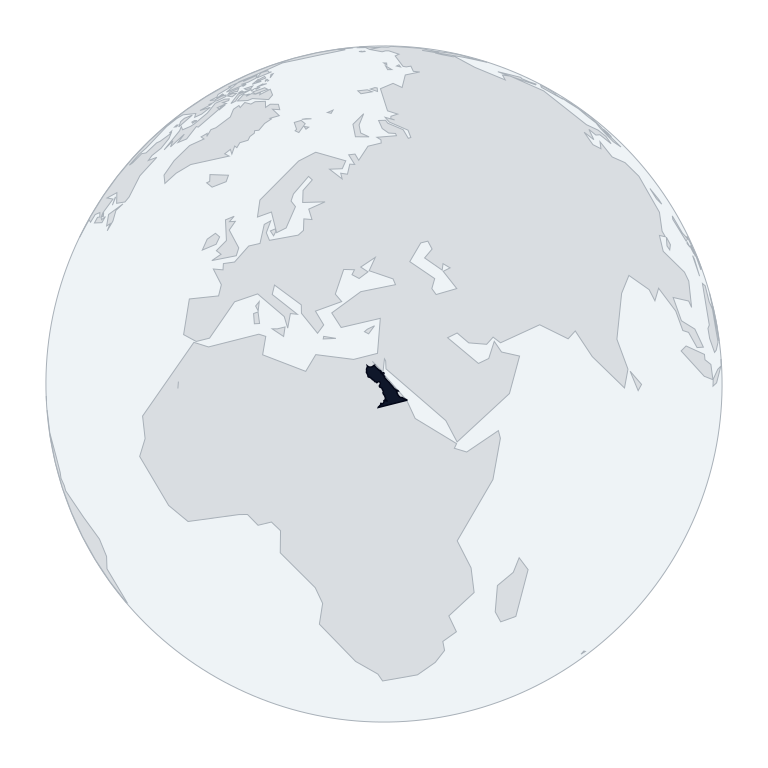 the Earth from above Al Bahr al Ahmar, rotated 346°
{"feature_id": "EGY-1556", "entity_name": "Al Bahr al Ahmar", "entity_type": "Governorate", "adm_level": 1, "iso_a3": "EGY", "parent_name": "Egypt", "parent_adm1": "", "projection": "orthographic", "projection_center": [33.554, 25.647], "detail": "fine", "context": "on_globe", "style": "filled", "palette": "ink", "viewbox_px": 768, "rotation_deg": 346, "n_neighbors": 0, "source": "natural_earth", "source_scale": "10m", "svg_char_len": 14644}
<svg xmlns="http://www.w3.org/2000/svg" viewBox="0 0 768 768"><g transform="rotate(346 384 384)"><circle cx="384" cy="384" r="338" fill="#eef3f6" stroke="#a8b0b8"/><path d="M422.8,48.3L421.0,48.1L419.6,48.0L430.3,49.3L435.4,50.4L419.9,48.3L427.3,50.3L403.0,49.3L363.0,47.9L348.5,50.5L304.8,58.2L307.8,58.5L293.1,62.9L291.2,65.2L283.6,66.9L288.6,67.5L295.9,65.5L300.5,65.4L300.0,66.8L290.3,68.9L289.1,68.5L286.0,69.9L281.3,70.5L283.4,71.1L271.6,74.1L282.4,73.5L272.4,78.0L264.8,79.4L266.8,76.0L254.1,74.2L247.1,76.3L235.2,81.7L210.2,97.6L201.9,101.9L189.8,110.1L193.7,108.6L204.6,101.9L209.0,102.2L221.8,95.0L225.4,94.4L238.1,89.2L234.8,93.7L224.8,101.3L214.1,106.2L209.4,110.1L218.4,109.1L197.5,122.9L181.9,140.9L176.7,144.7L168.3,144.0L171.1,133.7L160.3,136.5L165.8,139.0L152.6,149.9L149.8,153.9L149.7,156.3L154.2,154.1L149.3,159.2L142.0,157.7L146.3,153.0L148.6,153.2L149.8,148.9L144.8,149.7L138.4,156.0L137.6,153.3L133.0,158.2L130.3,160.9L137.6,153.1L124.5,167.6L124.2,167.9L140.1,150.1L157.3,133.4L175.6,118.0L195.0,103.9L215.3,91.2L236.4,80.0L258.3,70.3L280.9,62.2L303.9,55.7L327.3,50.9L351.1,47.7L375.0,46.2L398.9,46.4L422.8,48.3ZM50.8,327.8L47.9,350.5L48.3,374.7L48.4,391.2L47.8,397.5L49.2,405.2L49.3,410.6L60.3,440.7L70.4,465.7L73.1,484.2L70.5,496.3L81.9,534.1L81.0,533.5L70.2,509.4L61.4,484.5L54.5,459.0L49.7,433.0L46.8,406.8L46.1,380.4L47.4,354.0L50.8,327.8ZM239.1,87.2L238.5,88.1L236.4,88.6L239.1,87.2ZM245.0,84.2L242.9,84.0L245.4,82.6L246.7,82.8L245.0,84.2ZM444.2,51.5L447.8,52.3L441.5,51.0L444.2,51.5ZM247.0,84.9L250.2,80.2L254.6,77.9L263.1,76.7L247.0,84.9ZM448.1,52.5L457.0,55.4L463.0,56.4L451.0,55.9L447.5,53.1L438.8,51.1L445.8,52.3L448.1,52.5ZM298.4,64.4L290.6,66.4L297.5,63.5L298.4,64.4ZM301.7,62.7L316.4,55.7L327.7,54.0L320.5,56.4L335.4,53.8L333.7,56.3L325.1,58.3L318.1,58.7L322.8,59.5L301.7,62.7ZM443.0,55.7L442.9,56.4L440.1,55.3L443.0,55.7ZM302.9,65.1L304.8,63.5L314.7,61.9L312.6,64.7L310.1,64.3L302.9,65.1ZM340.2,52.2L347.1,51.9L347.7,53.7L350.4,53.9L334.6,56.3L340.2,52.2ZM307.6,65.4L311.3,66.3L306.2,68.6L301.6,66.6L307.6,65.4ZM318.2,60.4L322.8,59.9L319.5,61.0L318.2,60.4ZM290.1,78.3L292.3,75.9L297.6,74.7L290.1,78.3ZM313.0,66.6L314.7,65.8L317.1,65.2L318.4,66.4L313.0,66.6ZM336.1,57.7L334.8,58.7L342.6,56.7L343.3,58.5L332.5,60.0L337.5,60.1L337.7,60.7L328.7,61.3L336.1,57.7ZM326.7,66.0L313.4,69.3L308.2,73.7L303.3,74.8L312.5,67.5L326.7,66.0ZM328.7,63.1L326.4,65.0L321.4,65.0L320.0,63.7L328.7,63.1ZM347.6,59.4L349.3,56.2L351.5,56.1L347.6,59.4ZM326.2,67.2L329.4,66.4L326.4,67.5L326.2,67.2ZM342.1,61.6L342.4,60.4L345.0,60.2L342.1,61.6ZM335.7,66.1L331.4,67.1L330.2,66.1L335.7,66.1ZM339.4,64.0L342.9,64.2L332.4,65.1L339.1,63.5L339.4,64.0ZM344.5,61.7L346.1,61.2L344.0,62.2L344.5,61.7ZM342.4,69.9L329.5,71.4L327.0,68.9L339.9,67.7L342.4,69.9ZM145.7,449.8L129.4,395.2L139.0,379.2L142.0,356.7L209.6,297.6L222.7,305.6L274.6,305.4L280.8,309.2L273.3,326.3L311.1,352.8L324.9,339.0L360.5,352.8L385.1,352.7L396.3,319.4L356.1,318.8L350.5,302.4L383.8,288.8L419.2,290.4L418.2,284.2L397.0,270.5L406.2,259.0L389.7,264.9L395.6,271.3L385.4,275.6L379.4,270.2L383.0,266.0L372.6,263.1L358.5,285.0L362.9,293.8L335.1,296.7L339.8,312.1L331.8,318.7L321.0,295.4L322.9,287.2L301.7,261.5L297.2,270.1L316.8,295.4L310.2,293.0L304.1,306.5L303.5,294.4L283.2,266.0L258.9,268.1L225.8,297.3L212.1,297.3L201.5,287.6L215.7,254.4L244.8,258.5L250.2,248.3L246.2,231.1L255.4,234.3L257.3,228.3L268.5,229.5L286.1,217.4L297.7,217.6L306.4,200.2L313.6,198.3L306.4,208.8L307.6,216.9L336.8,218.8L343.0,215.5L346.2,204.4L353.9,207.0L353.3,196.1L370.9,193.0L349.0,188.2L352.3,176.6L363.8,168.6L361.0,164.3L342.1,177.7L338.1,184.0L341.0,190.5L326.8,208.9L316.4,211.2L316.4,189.9L301.6,191.4L308.1,175.5L355.1,147.0L373.8,142.6L400.9,158.2L395.6,165.0L383.1,162.4L393.0,174.9L393.0,169.0L399.3,171.6L404.0,162.4L408.7,163.9L405.2,153.1L411.5,153.9L413.6,160.8L426.0,149.4L439.6,149.5L440.1,146.3L436.8,142.9L456.2,146.1L455.8,143.7L449.2,141.6L444.1,135.7L442.5,127.0L449.3,128.5L450.8,131.9L464.1,141.9L467.0,151.5L469.7,151.3L468.7,143.5L452.5,131.1L449.6,125.5L458.2,130.4L454.8,128.1L455.5,125.9L462.6,125.4L453.5,119.8L452.0,96.6L465.5,94.5L473.3,100.7L479.4,89.3L494.2,89.9L488.1,87.7L487.0,82.1L482.3,81.7L479.3,80.4L474.2,68.4L478.3,67.6L469.3,61.9L466.1,61.1L462.6,61.2L451.0,55.9L463.0,56.4L469.5,58.2L472.6,58.1L486.9,62.6L500.1,67.0L514.0,73.4L523.3,77.1L523.4,76.8L536.1,82.4L561.8,96.8L540.4,86.3L501.7,69.5L517.5,75.9L513.7,75.2L519.3,78.2L530.4,83.3L531.8,83.3L548.7,98.7L575.2,118.3L573.7,112.9L581.0,115.8L609.8,138.2L643.2,181.4L653.2,189.5L659.2,197.4L662.5,205.8L653.8,194.4L649.8,193.7L644.4,186.5L646.7,197.7L639.1,188.1L644.6,202.3L651.4,208.2L652.2,201.2L660.3,218.9L671.4,227.5L681.6,244.1L692.8,284.0L690.8,303.0L692.6,309.2L687.2,306.5L687.0,322.8L702.6,348.2L704.6,357.9L701.0,384.1L699.7,377.2L685.5,370.0L687.9,394.6L698.9,405.9L702.8,425.5L696.6,424.4L692.0,407.6L686.9,404.4L684.7,383.7L673.6,357.5L667.0,368.8L664.1,356.6L647.9,337.9L636.5,353.5L620.8,396.9L624.3,428.6L616.4,446.0L592.7,407.8L582.4,378.8L573.6,384.7L549.4,364.2L507.0,372.2L501.2,364.9L493.2,370.3L476.2,364.6L467.3,352.2L456.9,354.5L480.6,386.9L491.8,384.6L501.3,369.3L505.8,381.4L522.3,389.7L503.4,423.6L440.9,457.9L435.1,434.4L389.6,369.8L391.2,362.1L391.0,361.2L390.5,359.7L385.9,372.2L378.2,359.2L402.1,405.3L405.9,425.0L440.0,459.4L436.7,463.4L447.8,470.0L483.7,456.9L483.8,464.8L466.6,503.0L417.1,553.9L424.0,583.5L421.0,608.1L390.8,624.7L394.3,641.9L378.8,648.0L378.3,657.2L366.4,666.5L346.1,674.3L310.8,671.8L307.9,664.0L289.3,646.3L263.2,601.4L271.4,582.0L268.0,565.0L242.5,522.7L248.1,501.3L241.4,490.7L227.6,490.6L220.0,477.6L211.7,475.6L160.6,470.0L145.7,449.8ZM185.1,331.9L182.9,338.5L185.1,331.9ZM456.2,309.8L477.7,309.0L468.7,289.0L476.2,287.3L470.4,281.5L468.0,287.6L453.9,271.5L463.3,264.7L461.1,256.0L453.8,256.0L438.6,271.5L458.7,294.0L453.5,303.0L456.2,309.8ZM53.4,314.0L52.3,319.3L52.5,318.2L53.4,314.0ZM153.0,149.9L153.4,150.2L152.2,153.5L150.6,153.6L153.0,149.9ZM160.4,160.3L152.5,168.4L157.0,162.3L153.1,163.5L157.8,152.9L174.3,146.1L165.9,150.7L160.4,160.3ZM168.6,138.1L163.7,144.8L168.4,137.8L168.6,138.1ZM256.9,197.0L260.1,201.5L254.9,207.8L240.1,210.1L247.5,200.7L256.9,197.0ZM265.8,206.7L269.9,186.4L279.2,185.0L273.3,189.1L279.1,190.2L271.1,197.2L276.0,216.8L271.7,223.8L246.8,222.6L257.3,218.7L253.6,214.1L265.8,206.7ZM263.9,145.2L265.8,138.7L283.6,143.8L279.8,149.5L264.8,151.4L260.6,145.9L263.9,145.2ZM261.3,84.6L260.9,83.4L263.6,82.6L266.1,83.0L261.3,84.6ZM290.7,77.3L265.9,89.8L264.2,88.8L251.8,98.5L242.4,99.9L250.7,93.3L234.2,102.3L238.0,97.0L227.3,103.6L246.9,88.9L249.6,85.2L250.1,88.6L258.7,87.2L263.2,85.6L278.1,78.4L288.2,70.8L298.3,69.1L302.8,69.9L301.9,71.4L295.6,71.9L298.9,73.7L289.1,75.6L290.7,77.3ZM349.2,92.6L342.3,90.4L347.3,98.3L337.6,98.6L338.8,99.6L331.2,102.3L324.0,107.5L319.8,106.9L318.8,109.3L313.8,111.4L311.0,114.6L302.5,115.0L298.4,119.1L296.7,117.0L292.0,124.1L291.7,119.2L285.1,122.1L288.9,125.4L249.5,124.3L233.3,129.2L219.9,136.4L221.1,128.1L234.4,116.5L253.1,105.6L268.6,102.7L266.3,100.0L273.1,98.0L272.0,101.0L277.6,95.3L282.9,94.7L299.5,87.7L304.4,81.0L310.6,78.7L311.3,81.0L317.0,77.2L322.6,80.2L327.2,78.9L337.3,81.0L336.0,87.0L341.3,85.0L349.2,87.1L349.2,92.6ZM345.0,70.5L345.8,76.6L340.8,80.1L325.3,75.2L320.4,76.0L310.3,73.9L317.7,69.2L319.9,70.1L323.8,70.0L319.9,71.5L325.9,70.2L329.2,71.7L334.7,71.2L333.4,73.2L345.0,70.5ZM288.8,303.4L293.8,304.7L301.8,304.7L298.1,313.6L288.8,303.4ZM274.5,284.1L279.2,283.6L277.9,295.2L272.8,294.2L274.5,284.1ZM282.9,273.8L279.6,282.6L278.3,277.3L282.9,273.8ZM310.8,208.0L315.9,207.2L316.0,209.8L312.7,213.5L310.8,208.0ZM362.2,119.4L359.0,116.8L360.8,115.7L360.2,108.5L367.4,108.2L370.5,112.4L362.2,119.4ZM388.9,325.2L381.2,331.6L377.7,328.5L381.1,326.8L388.9,325.2ZM337.0,323.2L348.4,328.1L335.9,325.6L337.0,323.2ZM369.9,117.9L368.8,114.8L373.1,116.6L369.9,117.9ZM372.6,107.7L377.8,109.1L368.2,107.3L372.6,107.7ZM513.3,691.4L514.7,692.2L509.8,693.8L513.3,691.4ZM478.9,599.0L455.7,641.4L439.7,643.0L436.8,632.0L445.3,607.0L463.9,598.0L473.1,585.3L478.9,599.0ZM716.1,445.1L717.0,441.3L715.4,449.0L716.1,445.1ZM715.2,448.1L707.0,463.3L702.7,465.7L704.6,459.0L711.4,450.5L715.2,448.1ZM704.2,459.4L696.6,454.0L680.3,423.8L686.3,420.2L702.1,432.8L701.3,438.1L705.9,444.1L704.2,459.4ZM719.3,409.7L718.3,424.1L714.5,431.6L712.4,433.3L711.0,418.7L711.8,408.4L713.9,405.5L717.3,363.5L719.4,366.4L719.4,382.7L720.8,390.8L719.3,409.7ZM625.9,431.1L633.8,446.7L629.0,451.9L625.9,431.1ZM715.4,337.9L716.3,355.7L714.5,334.1L715.4,337.9ZM712.4,319.1L714.0,325.3L712.1,321.1L712.4,319.1ZM695.6,318.1L693.7,323.0L692.0,318.5L693.5,309.8L695.6,318.1ZM689.3,258.6L695.3,271.6L697.0,276.7L693.2,270.3L689.3,258.6ZM429.7,116.8L422.5,126.6L422.1,134.8L429.3,140.6L416.1,137.2L416.7,124.5L429.7,116.8ZM448.5,98.6L442.1,94.5L446.8,94.2L449.0,95.1L448.5,98.6ZM443.3,97.6L431.9,96.8L429.5,93.2L439.0,94.5L443.3,97.6ZM400.8,105.9L398.2,108.6L394.8,106.9L400.8,105.9ZM721.9,388.6L721.5,399.3L721.4,403.3L721.0,409.5L721.2,404.5L719.8,421.3L719.5,423.2L720.3,411.1L721.2,392.7L721.5,383.8L721.8,374.9L721.8,376.4L721.3,391.3L721.5,398.2L721.9,388.2L721.9,388.6ZM720.1,349.7L718.8,342.3L719.1,350.0L716.9,327.7L718.8,338.3L720.1,349.7ZM716.5,328.6L717.0,335.6L715.4,323.3L716.5,328.6ZM716.2,332.7L714.5,325.4L715.0,323.9L716.2,332.7ZM716.6,327.3L713.7,313.7L715.4,320.0L716.6,327.3ZM710.0,309.6L713.8,316.6L711.7,318.3L704.1,294.2L704.4,290.6L710.0,309.6ZM664.5,199.2L660.2,193.7L658.4,189.7L661.9,194.6L664.5,199.2ZM648.7,174.3L656.6,187.0L662.2,198.5L663.9,199.4L671.3,211.4L665.0,204.3L655.9,188.6L652.9,182.0L645.7,172.9L639.4,164.1L630.4,154.7L625.4,149.1L632.6,155.9L648.7,174.3ZM626.5,151.0L608.5,134.2L608.3,132.2L612.2,135.3L620.5,143.7L620.2,144.2L626.5,151.0ZM604.1,129.8L603.5,130.4L575.9,112.6L570.0,108.5L590.9,119.6L591.5,121.0L598.4,126.2L604.1,129.8ZM446.5,56.9L443.2,56.4L445.3,56.2L446.5,56.9ZM476.8,80.4L473.1,78.5L475.7,77.9L476.8,80.4ZM464.2,73.2L463.9,75.2L461.4,72.4L464.2,73.2ZM463.6,79.9L462.4,75.6L467.6,80.8L463.6,79.9Z" fill="#d9dde1" stroke="#a8b0b8" stroke-width="1"/><path d="M402.2,405.3L372.7,405.4L372.9,405.1L373.0,405.0L373.2,404.9L373.3,404.8L374.4,404.3L374.5,404.2L374.7,403.9L374.8,403.9L375.1,403.8L375.5,403.6L375.7,403.4L375.8,403.3L376.1,402.3L376.2,402.1L376.3,402.0L376.5,402.1L376.8,402.3L377.0,402.6L377.4,402.7L377.7,402.8L378.0,402.7L378.3,402.7L378.5,402.5L378.7,402.4L378.8,402.2L379.5,401.5L379.7,401.3L379.8,401.2L379.8,400.9L379.8,400.5L380.0,400.3L380.0,400.1L380.3,400.1L380.6,400.4L380.8,400.5L381.4,400.5L381.5,400.5L381.8,400.6L382.2,401.1L382.6,401.3L382.8,401.3L382.8,401.1L382.6,400.3L382.3,400.1L382.3,399.9L382.2,399.8L381.8,399.7L381.4,399.5L381.3,399.4L381.3,399.2L381.5,399.0L381.6,398.7L381.8,398.5L381.9,398.4L382.1,397.9L382.2,397.7L382.1,397.4L381.9,397.1L381.8,396.5L381.8,396.2L381.9,395.9L381.9,395.6L381.9,395.3L381.9,395.2L381.7,395.0L381.5,394.8L381.4,394.7L381.2,394.2L381.1,393.9L380.9,392.8L380.9,392.4L381.0,391.9L381.6,391.1L381.7,390.8L381.7,390.6L381.2,389.4L381.1,389.1L381.1,388.3L381.0,388.0L380.9,387.6L380.7,387.3L380.5,387.0L379.5,386.2L379.3,386.1L379.2,385.9L379.1,385.7L379.0,385.3L379.0,384.9L379.2,384.5L379.2,384.4L379.6,384.0L380.1,383.6L380.2,383.4L380.3,383.3L380.6,382.7L380.7,382.3L380.7,382.1L380.6,381.6L380.6,381.4L380.5,381.2L380.4,381.1L380.2,380.8L380.0,380.6L379.8,380.5L379.4,380.4L379.1,380.4L378.6,380.4L377.6,380.9L377.4,381.0L376.8,380.2L376.7,380.0L376.6,379.8L376.1,379.7L375.7,379.5L375.7,379.4L375.5,379.1L375.4,378.9L375.3,378.6L375.0,378.0L374.9,377.8L374.7,377.6L373.8,376.9L373.3,375.7L373.2,375.5L372.8,375.1L372.4,374.8L372.3,374.7L372.2,374.4L372.1,374.2L371.9,374.0L371.5,373.9L371.0,373.7L370.6,373.4L370.4,373.2L370.3,372.8L370.4,372.2L370.5,371.7L370.5,371.4L370.4,371.3L370.3,370.7L370.2,370.1L370.1,369.7L369.9,369.1L369.8,368.8L369.8,368.5L369.8,368.3L369.8,368.2L370.0,367.8L370.3,367.3L370.3,367.2L370.5,365.7L370.7,365.2L370.8,365.0L371.1,364.6L371.4,364.1L371.6,363.9L371.8,363.6L372.2,362.9L372.2,362.6L372.2,362.4L372.5,362.8L372.7,363.0L372.8,363.2L372.9,363.3L373.1,363.5L373.3,363.7L373.4,363.8L375.3,364.4L375.5,364.5L376.2,364.4L376.7,364.4L378.4,363.7L378.6,363.6L378.8,363.5L379.4,363.5L379.3,363.8L379.2,363.9L379.2,364.0L379.2,364.4L379.5,364.7L379.5,364.9L379.6,365.1L379.8,365.4L380.0,365.4L380.1,365.5L380.5,366.7L380.8,366.9L380.9,367.1L381.0,367.2L381.2,367.4L381.3,367.7L381.4,367.8L381.6,368.0L381.7,368.3L381.8,368.4L381.9,368.6L382.2,368.9L382.2,369.0L382.4,369.1L382.4,369.3L382.5,369.3L382.8,369.6L382.9,369.8L383.0,369.8L383.2,370.0L383.4,370.0L383.8,370.4L383.9,370.6L384.0,370.7L384.1,371.0L384.2,371.4L384.0,371.2L383.7,371.0L383.6,371.3L383.8,371.5L384.0,371.5L383.9,371.8L384.0,371.9L384.1,372.0L383.9,372.0L383.7,372.2L383.8,372.3L384.1,372.7L384.0,372.9L384.3,373.0L384.5,373.3L384.6,373.5L384.7,373.9L384.7,374.0L384.9,374.2L385.1,374.3L385.3,374.4L385.4,374.5L385.5,374.6L385.5,374.9L385.4,375.0L385.5,375.1L385.5,375.3L385.7,375.5L385.8,375.7L385.9,375.8L385.9,376.1L386.0,376.3L386.3,376.6L386.4,376.9L386.3,377.0L386.2,377.0L386.1,376.9L386.1,377.0L386.1,377.4L386.1,377.5L386.0,377.9L386.0,378.1L386.3,378.2L386.4,378.3L386.5,378.5L386.7,378.9L386.9,379.4L387.2,379.9L387.3,380.1L387.7,381.1L388.0,381.4L388.2,381.9L388.6,382.5L389.0,383.2L389.3,383.5L389.7,384.4L389.8,384.7L389.9,385.0L390.0,385.3L390.3,385.7L390.5,386.0L390.6,386.3L390.7,386.5L391.4,387.8L391.5,388.1L391.7,388.3L391.7,388.7L391.8,388.9L392.1,389.2L392.2,389.3L392.3,389.9L392.5,390.2L392.6,390.3L392.5,390.6L392.8,390.8L393.0,391.3L393.8,391.8L393.9,392.0L394.1,392.5L394.4,393.0L394.5,393.0L394.4,392.8L394.5,392.8L394.8,393.0L395.0,393.2L395.0,393.3L395.0,393.5L395.4,393.6L395.7,393.7L395.8,393.7L395.9,393.8L396.0,394.1L395.8,394.0L395.5,394.1L395.3,394.1L395.0,394.0L394.9,394.0L394.8,393.9L394.6,393.8L394.4,393.9L394.4,394.1L394.4,394.4L394.4,394.8L394.4,395.0L394.5,395.0L394.6,395.5L394.5,396.3L394.5,396.6L394.7,396.9L394.8,397.2L394.8,397.3L394.8,397.6L395.0,398.3L395.2,398.7L395.4,399.1L395.5,399.6L395.6,399.9L395.9,400.2L396.0,400.3L395.8,399.9L396.0,400.0L396.1,400.5L396.3,400.7L396.5,400.9L396.7,401.1L397.0,401.2L397.1,401.3L397.5,401.3L398.0,401.4L398.4,401.5L398.5,401.6L398.8,401.9L398.9,402.0L398.9,402.3L399.0,402.4L399.4,402.7L399.5,402.8L399.5,402.7L399.7,402.8L399.6,403.0L400.1,403.4L400.4,403.6L400.7,403.8L401.2,404.3L401.4,404.3L401.5,404.2L401.6,404.3L401.8,404.6L402.1,404.8L402.3,404.9L402.3,405.1L402.2,405.3ZM386.3,373.0L386.5,373.1L386.5,373.3L386.4,373.2L386.2,373.1L385.9,373.1L385.9,372.9L386.0,372.9L386.3,373.0ZM386.1,377.3L386.4,377.6L386.1,377.3Z" fill="#0f172a" stroke="#020617" stroke-width="1.5"/></g></svg>